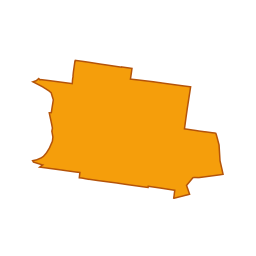 Ulmeni, Calarasi, Romania, rotated 102°
{"feature_id": "2599482B95342273049795", "entity_name": "Ulmeni", "entity_type": "district", "adm_level": 2, "iso_a3": "ROU", "parent_name": "Romania", "parent_adm1": "Calarasi", "projection": "mercator", "projection_center": [26.717, 44.181], "detail": "fine", "context": "isolated", "style": "filled", "palette": "amber", "viewbox_px": 256, "rotation_deg": 102, "n_neighbors": 0, "source": "geoboundaries", "source_scale": "gbopen_adm2", "svg_char_len": 1670}
<svg xmlns="http://www.w3.org/2000/svg" viewBox="0 0 256 256"><g transform="rotate(102 128 128)"><path d="M179.8,214.5L180.4,213.9L181.0,213.4L181.1,212.3L181.6,207.0L181.9,204.1L181.9,203.8L184.6,206.2L182.9,184.1L182.7,180.9L182.1,172.6L181.9,169.8L181.6,166.8L181.5,165.8L186.8,165.3L186.5,162.1L186.5,160.4L186.5,159.7L186.4,156.7L186.4,156.1L186.2,154.8L185.7,146.9L184.1,127.2L184.0,124.9L183.8,121.9L183.7,119.8L183.3,114.0L182.8,107.1L182.5,102.8L182.0,96.0L180.8,96.1L180.0,83.9L179.2,69.3L183.1,69.0L183.3,69.0L183.7,68.9L187.1,68.7L187.1,68.3L186.9,67.9L180.0,54.0L172.0,58.8L163.2,54.2L162.7,53.2L162.5,52.2L161.8,48.4L154.8,28.7L153.5,25.4L149.3,27.3L140.9,31.2L125.7,35.4L122.9,36.8L121.7,37.4L119.5,38.5L115.9,40.4L115.0,41.0L114.9,41.1L114.9,41.5L114.9,42.5L115.1,44.2L115.3,47.1L115.6,51.0L115.8,52.7L115.9,54.2L116.1,56.6L116.2,57.8L116.3,60.5L116.6,65.0L116.9,70.0L117.1,72.6L106.3,73.4L96.2,74.1L74.7,75.3L75.3,82.5L75.9,90.3L76.4,97.1L76.9,103.7L77.0,105.9L77.2,108.1L77.5,112.8L78.5,123.7L79.2,131.2L79.7,135.8L74.3,136.1L68.9,136.5L69.1,139.7L69.6,147.0L69.9,147.0L70.8,161.9L71.2,167.8L71.8,179.2L72.0,182.5L72.3,186.9L72.8,193.5L73.7,193.5L73.7,193.8L84.1,193.1L88.0,192.7L89.5,192.4L90.1,192.4L91.0,192.4L92.0,192.3L93.0,192.2L94.9,191.9L96.2,191.8L98.0,214.7L98.8,223.5L99.0,223.9L99.2,224.1L98.2,225.6L100.8,227.6L101.3,228.5L102.6,230.6L102.9,229.4L105.4,220.3L108.1,213.1L109.5,210.5L116.0,206.9L124.1,206.5L128.9,206.2L129.5,208.2L139.8,203.6L141.0,203.1L143.8,201.9L147.0,201.8L152.4,199.6L156.7,199.2L164.0,200.7L169.3,202.6L173.3,204.8L175.2,206.6L178.1,210.7L179.8,214.5Z" fill="#f59e0b" stroke="#b45309" stroke-width="1.5"/></g></svg>